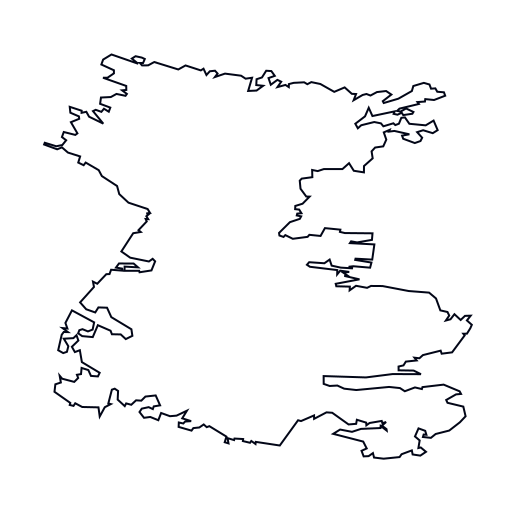 Kvitsøy nor, Norway (orthographic projection), rotated 86°
{"feature_id": "86288312B53863768587168", "entity_name": "Kvitsøy nor", "entity_type": "district", "adm_level": 2, "iso_a3": "NOR", "parent_name": "Norway", "parent_adm1": "", "projection": "orthographic", "projection_center": [5.409, 59.066], "detail": "fine", "context": "isolated", "style": "outline", "palette": "ink", "viewbox_px": 512, "rotation_deg": 86, "n_neighbors": 0, "source": "geoboundaries", "source_scale": "gbopen_adm2", "svg_char_len": 5989}
<svg xmlns="http://www.w3.org/2000/svg" viewBox="0 0 512 512"><g transform="rotate(86 256 256)"><path d="M113.7,76.7L111.3,76.2L112.8,67.5L109.3,56.1L105.8,57.1L104.8,63.7L101.3,65.4L101.3,69.7L97.0,71.0L95.0,76.5L97.4,87.2L102.3,89.0L109.0,103.0L112.3,117.9L110.4,118.7L104.4,109.7L100.5,114.7L100.9,123.9L103.9,130.6L102.1,134.5L102.8,138.4L107.4,147.7L101.4,144.9L100.9,149.1L94.0,155.8L97.7,166.5L88.9,179.8L86.4,188.7L88.2,192.8L86.1,195.8L85.9,206.3L86.8,211.2L89.8,211.5L87.4,214.7L89.0,222.8L83.9,218.7L81.8,222.4L86.2,229.3L79.4,231.1L77.6,224.7L72.6,227.8L71.9,232.9L78.3,237.6L79.7,243.1L85.5,243.8L86.7,237.0L91.0,243.9L90.8,252.3L77.9,247.5L78.4,254.0L75.1,258.3L71.9,274.2L74.6,284.5L71.3,281.6L68.3,284.0L68.5,289.2L72.0,292.8L65.5,295.3L67.0,298.1L61.0,313.0L64.5,320.5L55.4,344.0L58.3,350.3L57.9,356.4L55.4,358.3L55.6,355.2L51.7,353.2L50.1,356.1L48.3,362.2L50.4,366.1L56.0,360.1L44.9,386.1L49.4,394.8L54.2,396.9L60.8,384.8L63.9,385.0L67.8,391.7L67.5,396.2L77.3,373.6L81.3,373.8L81.4,378.0L85.3,373.5L87.1,375.0L84.6,383.9L87.3,389.7L87.1,399.6L93.3,400.9L97.8,391.0L101.8,392.8L98.5,397.4L101.4,400.2L99.0,405.7L100.1,408.5L113.3,399.1L105.4,412.8L100.3,415.2L101.0,420.0L98.9,419.8L94.2,431.4L100.1,431.2L104.4,422.9L106.8,422.8L109.6,431.3L121.2,425.6L122.6,427.8L118.9,439.1L123.8,441.3L127.3,437.3L131.8,441.5L132.6,447.6L128.3,458.8L130.0,459.6L135.7,446.9L134.1,442.0L139.7,436.4L144.4,424.5L150.4,426.8L153.4,421.6L150.9,419.4L159.4,406.9L165.5,404.2L176.5,389.7L184.7,388.1L193.9,379.5L201.6,360.8L205.7,358.7L205.9,362.5L206.4,359.4L208.7,362.6L211.7,361.0L211.4,363.5L213.9,362.6L222.0,371.4L224.0,369.3L224.7,376.9L242.1,390.0L248.9,381.6L254.0,363.2L251.6,359.3L254.3,357.0L263.1,361.3L264.1,373.3L262.6,373.6L261.6,388.2L257.4,387.8L259.1,374.5L255.0,378.6L253.9,393.2L257.8,396.5L259.2,390.5L261.3,390.2L259.6,401.5L263.8,403.4L263.7,406.6L272.6,416.3L270.2,420.4L275.6,419.8L290.0,434.7L297.3,429.1L301.1,420.3L296.3,416.8L297.2,408.2L306.9,404.6L320.4,385.4L327.0,384.9L329.8,391.7L324.8,396.4L324.0,405.2L320.4,406.3L314.0,418.6L325.5,424.5L323.8,435.0L320.7,438.8L317.7,437.4L316.9,434.2L319.5,428.9L318.0,424.1L310.9,422.1L297.4,443.4L309.5,450.8L315.2,449.2L314.4,454.0L318.8,448.9L318.4,453.1L321.0,455.3L336.2,459.9L339.4,455.1L338.4,451.3L332.9,449.5L325.1,453.5L325.2,443.9L322.5,440.6L327.9,439.1L333.7,446.0L339.2,443.4L337.7,438.3L349.7,437.1L361.6,420.1L365.1,422.1L364.1,429.0L358.1,431.2L355.5,437.8L361.6,438.8L362.0,442.9L365.3,441.9L368.9,446.1L364.9,457.9L361.7,460.2L368.6,459.5L370.0,465.1L377.4,466.5L389.6,451.5L391.6,452.2L392.8,448.5L390.3,446.6L394.5,439.9L396.0,423.7L405.2,423.1L396.3,417.4L393.6,411.2L392.8,413.6L379.3,409.1L378.5,406.2L381.0,403.0L389.6,404.0L396.6,397.4L394.0,395.8L395.7,390.8L391.6,385.7L392.3,380.5L388.5,376.1L388.1,365.8L398.3,362.1L398.9,368.5L401.5,369.6L399.3,373.6L400.3,380.6L403.5,383.1L409.6,379.0L409.2,372.7L413.0,364.9L406.0,361.6L409.8,353.0L409.7,346.4L405.5,335.7L412.8,340.9L416.2,332.2L416.2,338.3L418.0,340.2L416.7,344.6L421.1,345.1L425.7,332.5L423.3,330.5L423.1,324.5L420.4,319.9L423.3,317.1L422.5,314.4L434.1,298.1L439.6,300.2L441.0,296.5L435.7,297.1L438.1,290.7L436.6,290.2L437.7,281.6L439.7,282.0L441.9,275.0L440.2,273.6L443.5,269.6L441.4,269.2L446.7,245.5L422.8,225.5L423.8,222.6L419.1,209.2L422.5,209.4L416.9,196.6L417.7,190.9L430.5,175.4L430.4,167.8L426.4,166.8L429.9,157.7L432.6,157.7L430.5,154.3L429.3,142.1L431.5,141.6L430.7,137.8L434.0,142.2L437.8,137.9L439.3,137.8L434.2,143.5L436.3,143.8L435.8,163.3L438.1,172.5L435.0,184.2L438.8,191.4L448.6,162.0L455.7,159.0L457.7,164.3L463.4,162.6L463.5,157.6L460.8,153.1L465.3,152.3L467.1,142.8L466.6,126.8L463.9,124.6L460.8,114.1L464.9,113.6L466.6,106.0L463.2,100.1L458.5,105.0L458.9,107.4L451.4,105.6L447.1,110.0L439.3,105.9L442.2,99.4L446.2,98.5L445.8,101.2L448.2,102.1L449.6,94.2L446.1,89.2L443.6,75.4L436.1,64.2L430.5,58.1L420.7,59.7L415.8,75.2L412.9,76.3L408.0,66.1L407.9,61.1L405.2,62.3L397.4,77.8L398.4,99.1L400.3,99.8L398.2,106.6L401.3,117.0L397.8,121.6L395.9,132.4L396.7,165.3L394.5,177.3L390.9,183.9L390.8,191.6L388.3,197.4L380.5,196.9L384.8,154.8L383.3,127.9L385.4,99.7L381.3,106.7L380.0,121.7L376.2,121.5L375.4,116.5L371.8,113.9L371.4,103.0L368.5,105.0L369.4,100.1L366.5,96.4L363.3,78.4L366.4,77.6L365.8,67.1L349.8,53.4L348.0,54.6L348.2,51.0L343.1,47.3L339.7,45.5L335.0,50.1L330.5,46.0L330.3,51.7L334.1,56.3L327.9,62.1L332.7,66.4L333.6,71.1L328.9,67.4L325.2,68.9L323.1,75.9L310.9,79.4L304.6,85.9L301.6,106.1L294.8,131.9L293.9,143.4L295.5,147.4L292.7,158.3L296.8,165.0L293.1,164.5L291.8,178.0L289.3,178.4L286.5,154.4L282.0,169.3L281.8,166.2L278.7,170.1L278.4,164.1L276.5,173.0L280.0,176.3L275.7,175.9L270.5,203.0L268.3,205.8L265.9,203.4L268.0,188.3L264.7,182.8L270.9,181.2L273.5,172.3L275.1,160.2L273.2,164.3L273.0,159.7L275.6,143.0L270.6,141.3L266.8,157.3L265.6,156.9L267.7,140.3L252.7,137.1L249.7,161.4L248.0,160.1L249.5,154.2L248.0,139.2L241.5,138.2L239.3,165.8L237.8,170.6L235.6,170.0L233.0,185.3L240.5,190.2L238.6,201.3L240.5,203.2L241.4,218.1L237.2,225.3L238.9,227.2L237.2,231.2L234.6,231.4L224.6,219.8L222.0,209.7L219.6,208.2L218.4,212.5L216.6,211.9L216.5,207.7L212.7,209.7L212.0,213.7L208.8,213.3L207.1,205.9L200.5,198.4L200.2,201.7L192.0,206.9L183.9,207.1L182.0,205.0L181.3,194.3L174.1,194.0L175.6,188.5L174.0,182.2L175.3,163.7L169.9,156.7L177.8,152.5L180.1,142.5L173.8,142.0L166.7,132.8L159.7,133.4L156.1,129.6L155.5,121.4L149.0,117.9L141.6,119.9L139.5,113.9L141.2,114.8L140.9,109.2L145.3,94.5L146.1,101.9L149.3,101.0L154.4,89.7L152.8,83.9L149.6,82.0L143.7,86.6L142.2,80.5L145.8,71.1L143.1,66.0L133.3,69.4L137.5,77.6L134.8,93.8L128.1,97.8L128.3,101.4L134.0,104.2L135.1,107.9L133.2,109.7L135.5,119.9L132.4,122.1L130.6,128.7L132.9,141.9L135.7,145.5L131.0,147.7L124.3,137.5L116.0,133.2L124.5,130.1L121.4,107.6L123.8,108.8L124.9,105.0L123.3,100.6L125.7,99.3L125.0,90.1L123.3,88.9L119.3,96.0L122.0,101.7L121.1,105.1L119.0,102.6L115.7,82.9L113.7,84.2L113.7,76.7Z" fill="none" stroke="#020617" stroke-width="2"/></g></svg>